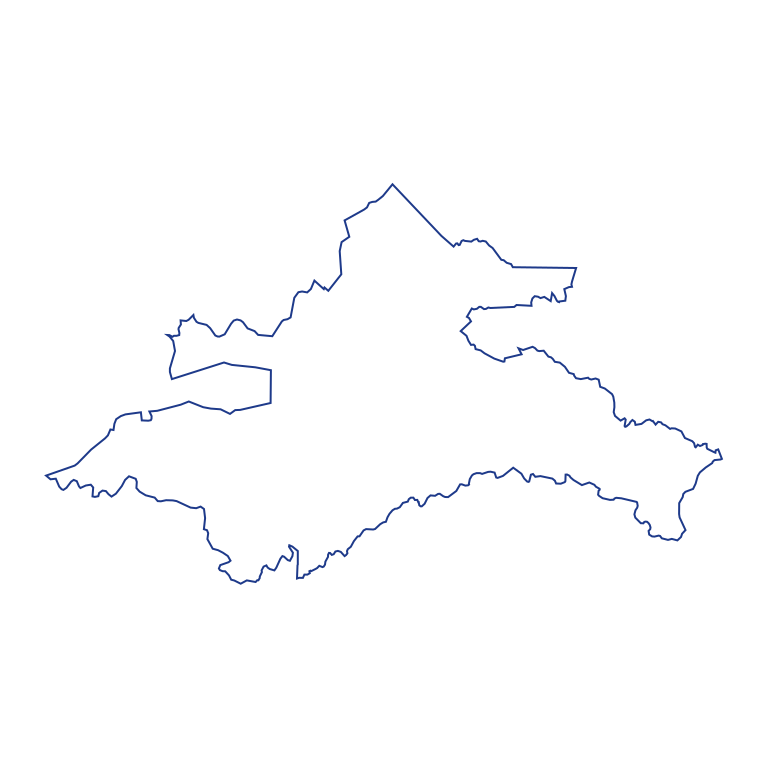 Banderilla, Veracruz, Mexico (Natural Earth projection)
{"feature_id": "50627088B79728757861785", "entity_name": "Banderilla", "entity_type": "district", "adm_level": 2, "iso_a3": "MEX", "parent_name": "Mexico", "parent_adm1": "Veracruz", "projection": "natural_earth1", "projection_center": [-96.939, 19.59], "detail": "fine", "context": "isolated", "style": "outline", "palette": "blue", "viewbox_px": 768, "rotation_deg": 0, "n_neighbors": 0, "source": "geoboundaries", "source_scale": "gbopen_adm2", "svg_char_len": 6105}
<svg xmlns="http://www.w3.org/2000/svg" viewBox="0 0 768 768"><path d="M721.9,458.9L718.2,449.4L715.7,450.3L715.4,452.7L714.6,452.4L707.3,448.8L706.7,447.5L706.6,443.9L705.3,443.7L702.9,444.1L702.6,445.0L700.0,446.0L697.8,444.7L695.7,447.3L695.0,446.8L694.1,443.2L692.3,441.2L684.9,438.0L681.4,431.4L675.2,428.5L671.5,428.3L670.1,428.9L665.4,425.3L662.5,424.2L661.1,422.4L658.2,421.8L655.6,424.6L652.9,421.0L652.4,421.2L649.5,419.5L646.2,420.3L641.5,423.9L635.5,424.9L634.8,421.7L632.4,420.0L630.3,422.1L629.3,423.9L626.4,426.4L625.2,426.8L624.6,426.0L625.7,419.6L624.6,418.3L620.6,420.6L615.0,415.9L613.7,412.1L614.4,407.2L614.3,402.6L613.3,396.7L612.1,394.2L604.8,388.5L600.2,386.8L598.7,379.7L595.6,378.5L591.3,379.5L589.3,378.9L588.1,377.7L580.8,379.1L576.0,378.2L574.2,375.7L573.7,374.1L569.0,372.8L564.9,366.8L559.8,362.6L554.8,361.8L552.8,358.9L551.0,357.3L548.4,356.6L543.7,350.7L539.2,351.1L537.4,350.6L535.0,348.1L532.6,346.8L523.1,350.0L518.5,348.3L521.6,354.3L504.9,358.3L504.4,361.5L503.2,361.7L494.3,358.6L484.5,353.3L480.7,350.4L475.6,349.1L474.9,345.8L473.6,344.6L471.0,344.9L468.4,340.7L466.5,335.8L460.7,331.1L471.0,321.4L469.0,318.0L466.9,316.8L471.8,308.5L473.8,309.4L476.9,308.8L479.2,306.9L480.9,306.9L484.0,309.1L486.0,308.9L488.3,307.5L490.5,308.0L514.3,306.9L516.5,305.0L531.5,305.8L531.2,302.4L532.4,298.5L534.7,296.2L538.0,296.7L540.5,298.1L544.3,296.9L550.7,301.1L552.1,293.1L554.5,296.1L556.9,300.8L558.0,301.8L559.1,302.1L559.2,301.5L565.3,300.7L565.9,296.1L564.3,289.1L568.9,287.1L572.0,286.8L571.4,284.4L572.0,281.6L576.1,268.0L512.8,267.2L511.1,264.1L506.7,262.8L503.7,260.2L501.3,259.8L492.6,248.0L489.1,245.5L485.8,241.5L482.7,240.8L480.5,241.5L478.7,241.2L477.1,238.8L473.9,239.8L471.3,241.6L464.9,240.9L463.3,240.2L461.6,241.0L459.7,244.9L458.6,245.1L457.4,243.4L456.1,243.5L453.6,246.6L441.4,235.9L392.5,184.3L382.9,196.0L378.2,199.8L375.7,201.6L372.3,201.9L369.2,202.9L367.0,207.4L364.2,209.5L344.6,220.4L349.3,236.8L341.6,242.1L339.7,251.1L341.3,274.3L328.3,290.8L324.5,287.5L323.8,289.1L314.4,280.6L310.9,289.0L307.2,292.4L302.1,291.5L298.4,292.2L294.3,297.8L290.6,317.4L287.5,319.2L283.6,320.0L281.8,321.5L272.3,336.2L258.1,334.9L254.6,331.1L247.6,328.4L243.0,322.2L240.6,320.4L237.0,319.5L233.7,320.6L231.1,323.7L224.7,334.3L219.4,336.6L217.6,336.5L215.3,335.5L210.2,328.2L206.6,324.9L198.4,322.9L196.5,321.8L193.9,317.8L193.4,315.0L188.6,319.8L186.3,321.0L180.6,320.4L180.9,324.5L178.7,327.9L178.5,329.2L179.4,333.0L179.2,335.1L176.5,335.8L173.9,335.8L172.5,336.8L169.4,335.1L167.3,335.0L169.6,336.6L173.2,341.0L175.0,351.0L169.9,368.4L169.9,372.0L171.9,379.1L224.0,362.5L231.8,364.9L255.3,367.3L270.9,370.2L270.6,403.0L240.2,409.9L235.2,410.1L230.0,413.9L220.6,409.3L210.9,408.6L203.2,407.2L188.8,401.5L180.7,404.7L157.3,410.8L149.4,411.5L151.6,416.1L151.5,418.8L150.8,420.2L148.3,420.7L141.8,420.4L140.9,412.3L125.4,414.4L120.8,416.1L116.2,419.2L114.4,423.8L113.5,430.0L110.4,429.5L107.9,435.4L105.0,438.4L91.1,449.6L77.6,463.4L74.7,465.6L46.1,475.6L50.5,479.3L55.8,478.7L59.2,486.6L61.6,489.2L63.4,489.9L66.5,487.8L71.1,481.7L73.7,479.9L76.8,481.2L79.0,486.4L80.4,488.0L85.8,485.5L90.8,484.7L93.2,487.5L92.5,496.4L94.9,496.9L98.3,496.2L99.2,492.9L102.5,490.6L105.9,491.1L108.5,494.2L111.5,496.6L115.9,493.7L121.8,486.1L125.1,479.9L129.0,476.3L135.7,478.8L136.8,481.9L136.4,488.0L139.6,491.6L145.7,495.3L154.7,497.6L157.7,501.1L160.9,501.3L166.1,500.2L172.8,500.4L176.6,501.1L190.6,507.6L196.2,508.2L200.6,506.6L204.0,509.0L205.1,518.1L203.9,529.2L207.0,530.2L208.2,533.2L207.4,539.1L212.7,548.7L218.1,550.2L222.9,552.7L227.8,556.0L230.5,560.7L228.6,562.2L220.3,565.1L218.9,568.5L219.9,570.1L222.6,571.2L225.2,571.3L229.0,575.4L231.2,579.7L234.3,580.5L240.7,583.7L246.8,580.4L255.6,582.0L257.3,580.2L258.4,580.3L259.7,578.1L259.8,576.5L261.9,572.1L261.6,570.4L263.6,566.6L266.4,565.4L267.6,567.5L269.7,569.0L274.4,570.4L276.3,567.7L280.4,558.7L282.4,556.1L284.1,556.7L287.8,560.1L289.9,560.8L292.4,556.2L292.9,552.7L289.0,546.7L289.3,545.3L292.4,546.6L297.8,551.0L297.8,564.5L297.5,565.3L297.0,578.5L299.2,577.8L302.9,577.9L304.4,574.6L307.4,574.6L309.8,573.2L309.4,571.2L310.5,570.7L311.3,571.1L315.3,569.1L317.1,568.1L319.3,565.8L322.5,567.1L323.7,566.6L325.0,564.6L325.4,561.6L328.0,556.9L328.1,554.7L329.0,552.9L330.1,553.0L331.8,554.9L333.7,554.2L335.4,551.5L337.9,550.9L340.8,551.9L344.6,556.1L346.1,555.0L347.4,553.3L347.0,551.1L347.8,549.2L350.8,546.8L353.9,541.1L357.6,536.4L359.5,536.3L363.6,530.4L366.1,529.1L373.2,529.5L375.1,529.0L380.2,524.2L383.2,522.4L385.9,521.8L387.5,517.3L389.5,513.8L392.5,510.3L394.9,508.8L397.0,508.6L399.8,507.2L402.9,502.9L407.8,501.6L408.8,499.2L410.7,497.7L413.4,497.7L414.9,500.0L417.3,499.9L418.3,502.3L418.7,502.2L419.3,505.3L420.6,506.3L421.8,506.3L424.6,503.8L427.5,498.0L430.5,495.4L435.1,495.8L438.1,493.9L439.8,493.8L443.2,496.2L445.1,497.0L448.1,497.1L456.3,491.0L460.1,484.4L461.8,484.3L465.3,485.6L468.1,485.3L469.1,484.5L468.9,483.6L469.8,479.1L471.9,475.5L473.5,474.2L476.6,473.1L480.0,473.1L482.1,473.9L488.1,471.9L490.6,471.7L494.6,472.6L496.2,477.5L497.6,477.9L503.0,475.9L513.2,467.7L521.4,473.7L524.2,478.5L527.1,481.5L528.4,481.9L529.2,481.5L530.9,474.7L533.0,474.0L535.3,476.8L540.4,476.1L552.4,478.6L554.9,480.7L556.1,483.5L560.8,483.7L564.8,482.1L565.4,481.1L565.6,474.6L567.0,474.5L569.4,475.7L570.5,477.4L573.5,480.0L581.9,485.1L589.3,482.5L594.4,484.8L595.9,486.7L599.6,488.8L599.7,489.7L598.6,490.8L598.1,494.7L599.0,495.8L602.6,498.2L610.0,499.9L613.6,499.7L614.5,498.5L616.2,497.8L621.3,498.3L636.6,501.9L637.1,502.5L637.7,505.8L637.2,507.7L635.5,510.2L634.4,514.3L635.3,517.6L640.8,523.2L643.4,523.3L644.3,521.9L645.7,521.6L647.1,521.8L648.5,523.1L649.7,524.8L650.5,527.4L650.2,529.2L648.6,530.9L649.2,534.6L652.1,536.4L654.5,536.6L658.7,535.6L660.1,536.0L661.8,538.3L668.0,539.9L671.8,538.9L677.4,540.4L681.0,537.0L682.1,533.7L685.5,530.1L679.6,517.4L679.1,514.0L679.2,503.1L682.7,497.1L683.3,494.0L685.4,491.8L693.1,488.9L695.6,483.7L697.8,475.8L699.9,472.4L705.7,467.5L712.2,463.1L712.8,461.6L714.5,460.1L720.6,459.5L721.9,458.9Z" fill="none" stroke="#1e3a8a" stroke-width="2"/></svg>